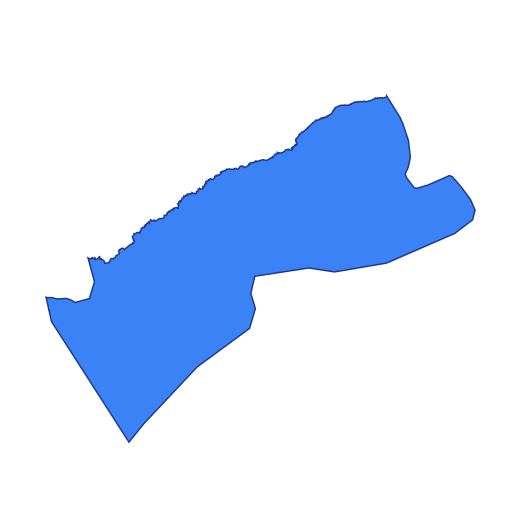 outline of Itsandra-Hamanvou, Andjazîdja, Comoros, rotated 56°
{"feature_id": "10938185B82482804134728", "entity_name": "Itsandra-Hamanvou", "entity_type": "district", "adm_level": 2, "iso_a3": "COM", "parent_name": "Comoros", "parent_adm1": "Andjazîdja", "projection": "mercator", "projection_center": [43.266, -11.611], "detail": "fine", "context": "isolated", "style": "filled", "palette": "blue", "viewbox_px": 512, "rotation_deg": 56, "n_neighbors": 0, "source": "geoboundaries", "source_scale": "gbopen_adm2", "svg_char_len": 6091}
<svg xmlns="http://www.w3.org/2000/svg" viewBox="0 0 512 512"><g transform="rotate(56 256 256)"><path d="M340.4,48.7L329.1,46.6L313.0,47.3L300.1,48.9L297.5,50.6L293.4,73.5L289.8,84.9L287.7,86.8L275.2,87.4L271.3,86.4L267.7,80.4L260.6,72.9L245.6,65.1L228.1,60.2L221.6,59.1L196.5,58.2L197.1,58.6L196.4,62.1L195.3,62.8L195.1,64.1L194.1,64.7L193.8,65.7L193.1,66.6L193.3,67.2L192.6,67.5L192.4,68.2L191.7,68.6L191.7,69.0L192.1,69.3L192.0,70.5L191.6,71.1L191.6,71.8L191.9,72.8L191.1,73.7L191.1,75.0L190.4,75.9L190.2,77.7L188.7,79.5L188.1,79.6L188.1,80.6L187.4,81.7L186.0,83.7L185.3,85.4L184.6,85.7L184.9,86.3L184.1,87.5L183.6,87.8L183.8,89.4L183.2,90.5L183.3,91.6L183.0,92.0L183.4,92.3L182.9,92.8L183.1,93.7L182.9,94.7L182.3,95.4L182.3,95.9L181.9,96.7L181.3,96.9L181.3,97.5L180.2,98.3L180.2,98.9L179.9,99.1L179.9,99.6L178.6,101.0L178.7,101.8L178.3,102.2L178.0,102.9L178.1,103.4L177.8,103.7L178.0,104.5L177.7,105.8L177.0,105.8L177.4,106.0L177.3,106.4L177.6,106.6L177.5,108.1L178.6,109.1L178.2,109.7L179.1,111.2L178.9,111.4L179.7,112.4L180.1,113.5L180.1,114.3L180.4,114.6L180.0,116.2L180.3,117.2L179.9,117.7L180.3,118.0L180.3,118.4L180.0,118.8L180.2,119.2L179.7,119.5L180.0,120.2L179.8,121.0L179.3,121.6L179.8,122.2L179.4,122.8L178.8,122.8L178.5,123.4L178.5,124.4L178.9,124.6L178.8,125.0L178.0,125.5L178.3,125.8L178.4,126.5L178.1,126.7L178.3,127.4L178.0,127.7L178.2,128.4L177.4,129.3L177.4,130.2L176.8,130.7L177.5,131.1L177.2,131.9L177.5,133.3L177.3,134.2L177.8,135.6L177.6,136.3L177.7,137.5L178.3,138.4L178.2,139.7L178.5,140.3L178.4,141.3L179.0,141.7L178.8,142.2L179.1,142.5L178.8,142.9L179.1,143.3L179.1,145.1L179.5,147.4L179.3,147.5L179.4,147.9L178.9,148.5L179.3,148.9L179.1,149.3L179.4,150.4L179.2,151.2L179.6,151.3L179.8,152.5L179.6,152.7L180.8,154.1L180.9,155.9L181.3,156.4L181.2,157.0L181.5,157.8L181.9,157.6L182.3,158.3L183.5,159.1L183.9,158.6L185.0,158.6L185.7,159.5L186.1,159.4L186.7,160.1L186.7,160.5L185.8,161.0L186.2,161.2L185.9,162.1L186.5,162.2L186.1,163.8L186.6,164.0L186.4,164.5L186.7,164.8L186.6,165.4L186.2,165.7L186.5,166.4L187.5,165.7L187.8,166.1L188.1,166.2L187.9,166.7L188.1,167.5L187.0,168.5L186.6,169.5L185.9,169.2L185.5,169.5L184.6,172.4L185.1,173.7L185.2,176.3L184.6,177.0L184.6,177.7L184.2,178.4L183.6,178.7L183.3,179.8L182.5,180.2L183.0,180.4L182.4,180.7L182.8,180.9L183.0,182.2L182.5,182.6L182.6,182.9L182.4,183.2L182.5,184.0L183.4,185.2L183.4,185.7L182.9,186.4L183.4,186.8L183.2,187.4L183.6,187.6L183.0,188.8L183.2,189.3L182.8,190.6L183.1,191.4L182.5,194.2L180.6,195.8L179.7,197.1L178.8,200.9L178.3,201.4L178.4,202.3L177.3,202.9L177.7,203.3L177.2,203.7L177.1,204.5L177.4,204.7L177.2,205.7L175.8,208.1L175.8,208.8L176.3,209.7L175.7,209.8L175.7,210.6L176.4,210.6L177.0,211.4L176.5,212.2L176.7,213.3L176.4,216.0L175.8,216.4L175.0,216.1L174.3,216.4L173.1,218.1L172.8,219.0L173.6,220.7L173.8,223.0L173.4,223.4L172.0,223.6L172.0,224.2L171.4,225.3L171.8,226.2L171.0,226.9L170.0,228.5L169.0,229.3L168.6,230.7L168.2,230.8L168.2,231.3L167.6,232.0L168.0,232.7L168.1,233.8L167.7,234.0L167.9,234.3L167.5,235.1L167.6,235.6L167.0,236.1L167.4,236.8L166.9,237.4L167.3,237.7L167.5,238.0L166.8,238.1L166.8,238.4L167.8,239.2L167.9,239.9L168.6,241.1L168.0,241.7L167.9,242.5L167.5,242.5L167.5,243.1L167.1,243.6L167.6,243.7L167.6,244.0L167.1,244.2L167.5,244.8L166.9,245.2L167.0,245.9L168.1,246.7L168.3,249.1L168.1,249.7L166.5,250.4L166.5,251.3L166.9,252.0L166.2,252.6L166.9,252.9L166.7,253.5L166.9,253.9L166.9,254.3L166.3,254.8L166.5,255.4L166.3,256.2L166.8,256.6L168.2,256.7L168.1,257.4L167.7,257.7L168.0,258.3L168.9,259.1L169.5,260.5L168.7,260.9L169.0,261.1L169.5,260.8L169.8,261.3L169.4,261.7L170.2,262.3L170.3,263.2L169.9,264.2L169.6,264.5L168.2,265.0L168.8,265.9L168.4,266.6L168.9,266.7L170.2,268.0L169.5,268.5L169.4,269.4L170.7,270.6L170.7,271.1L169.8,271.8L168.8,273.1L167.7,273.7L168.3,274.0L168.5,274.8L167.3,275.7L167.3,276.7L166.8,277.3L167.3,277.8L166.4,278.3L166.3,278.5L167.1,279.1L167.0,279.5L166.5,279.9L166.4,280.4L167.1,281.1L165.9,282.3L166.8,282.9L167.3,283.8L166.7,285.0L167.5,285.5L167.7,286.2L168.2,286.8L168.0,287.3L168.5,287.6L168.9,288.2L169.0,288.5L168.5,288.8L168.0,288.7L168.4,289.4L168.1,289.7L168.6,290.0L168.9,290.5L168.7,291.3L169.8,291.1L170.0,291.3L170.0,292.1L170.9,292.1L172.9,293.8L172.8,294.1L172.0,294.2L171.2,295.1L170.5,297.1L170.8,297.4L170.4,298.1L170.9,298.1L171.5,299.2L170.6,299.8L170.4,301.1L170.9,302.0L170.5,302.8L170.8,303.3L170.8,303.6L170.2,303.7L171.0,306.2L172.0,306.7L172.0,307.8L171.0,309.0L171.0,309.3L172.7,310.7L172.7,312.7L171.5,314.4L171.0,315.6L170.8,316.4L171.1,318.3L170.8,320.1L170.3,320.6L169.4,320.2L169.2,320.3L169.0,322.3L167.0,323.1L167.2,323.4L168.2,323.8L167.8,324.5L167.8,326.1L168.8,326.3L168.1,326.6L167.9,327.7L168.2,328.0L168.0,328.6L168.9,329.6L168.2,330.3L168.8,331.1L169.5,331.3L169.0,331.8L169.5,332.0L169.8,333.0L169.0,333.7L168.9,334.5L169.2,335.1L169.2,336.0L170.6,337.0L170.7,338.4L171.9,339.1L171.8,340.0L170.4,340.7L169.9,342.1L170.2,343.0L169.8,344.0L169.2,344.5L170.4,345.7L170.7,347.5L171.4,348.0L172.5,348.1L173.0,347.8L173.4,348.4L174.2,348.8L175.9,348.6L176.6,349.3L176.5,350.3L176.2,350.8L176.7,350.9L176.9,351.3L176.6,351.8L176.8,352.4L176.1,353.9L176.6,355.4L176.3,356.4L176.9,357.5L176.7,360.0L177.2,361.5L175.2,362.0L174.7,362.8L174.5,363.4L174.5,366.5L175.5,367.2L176.8,367.4L177.6,368.1L177.6,372.2L178.6,373.8L178.3,375.0L178.6,376.1L177.6,376.7L177.2,377.5L177.5,377.9L177.4,378.6L178.9,380.1L178.6,380.7L179.2,381.4L179.2,381.9L178.7,383.3L177.2,385.5L175.6,384.7L175.0,384.7L172.8,385.6L172.0,385.7L171.2,386.5L171.4,387.2L170.2,386.7L169.6,386.0L169.0,386.1L169.7,389.5L169.4,391.0L168.4,391.2L168.2,390.6L167.7,390.5L167.0,390.9L167.3,391.7L167.2,392.5L165.7,392.8L166.2,394.0L165.8,394.4L165.7,395.1L163.6,396.3L187.0,404.3L198.1,417.9L193.6,431.4L193.3,431.8L187.7,434.8L186.5,436.1L185.1,436.9L180.9,444.1L179.5,445.8L176.3,448.5L173.9,452.2L172.8,453.1L196.0,462.2L339.3,465.4L332.4,443.2L315.0,366.6L312.4,301.9L299.2,285.9L284.1,281.2L272.1,268.3L295.4,219.0L313.1,199.8L334.9,151.6L348.4,78.7L347.1,56.2L340.4,48.7Z" fill="#3b82f6" stroke="#1e3a8a" stroke-width="1.5"/></g></svg>